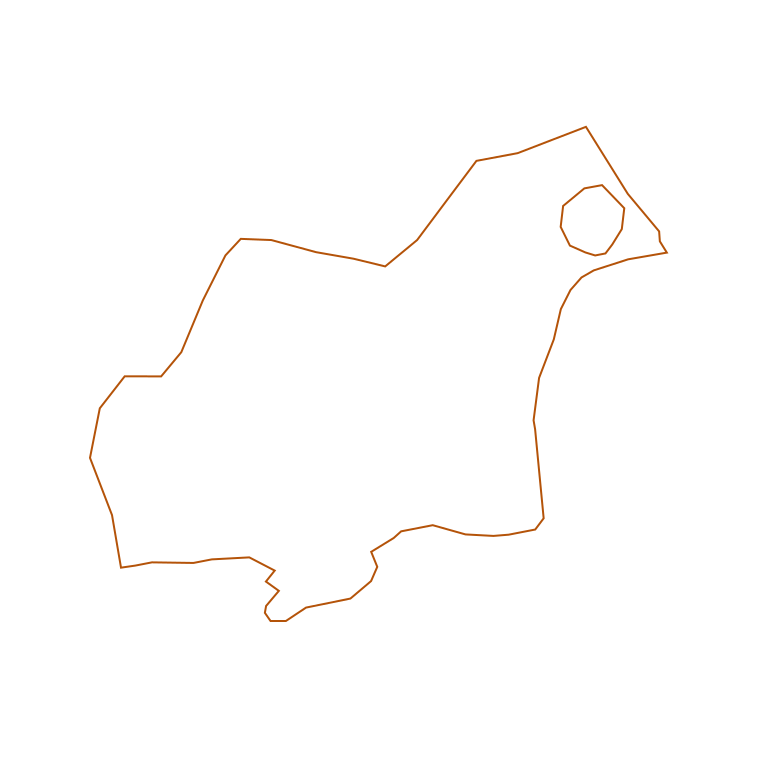 outline of Sinpho City, Hamgyŏng-namdo, North Korea, rotated 349°
{"feature_id": "82179303B3587564724867", "entity_name": "Sinpho City", "entity_type": "district", "adm_level": 2, "iso_a3": "PRK", "parent_name": "North Korea", "parent_adm1": "Hamgyŏng-namdo", "projection": "equal_earth", "projection_center": [128.266, 40.067], "detail": "fine", "context": "isolated", "style": "outline", "palette": "amber", "viewbox_px": 768, "rotation_deg": 349, "n_neighbors": 0, "source": "geoboundaries", "source_scale": "gbopen_adm2", "svg_char_len": 1015}
<svg xmlns="http://www.w3.org/2000/svg" viewBox="0 0 768 768"><g transform="rotate(349 384 384)"><path d="M90.8,514.1L105.3,514.8L122.2,514.8L162.8,523.3L181.5,523.3L218.7,528.5L241.1,546.3L230.4,555.4L241.3,567.0L225.9,579.4L223.4,585.9L227.4,595.0L242.5,597.9L264.8,588.6L310.1,588.2L333.7,575.0L342.5,562.2L339.4,546.3L364.2,537.0L372.7,531.9L404.9,531.9L435.3,547.2L462.4,554.0L477.6,555.7L504.7,555.7L515.1,546.3L523.7,457.2L523.9,448.2L537.4,407.6L559.2,372.6L571.9,344.2L585.0,327.3L598.2,317.1L611.6,312.5L647.4,308.2L686.7,309.0L682.0,296.6L683.2,286.7L659.6,243.9L631.3,170.1L595.2,176.5L559.2,182.9L517.3,182.6L480.6,215.8L444.0,249.0L407.6,268.8L378.0,255.2L342.4,241.6L300.9,221.2L271.1,214.2L252.9,227.5L222.1,267.4L191.1,314.1L166.7,334.0L130.9,327.0L100.4,353.6L81.3,400.4L92.0,460.8L90.8,514.1ZM626.3,298.1L615.8,298.1L606.8,293.3L592.9,283.6L587.4,263.5L593.8,243.4L618.0,230.2L636.0,230.4L653.4,257.3L647.0,277.3L634.7,290.6L626.3,298.1Z" fill="none" stroke="#b45309" stroke-width="2"/></g></svg>